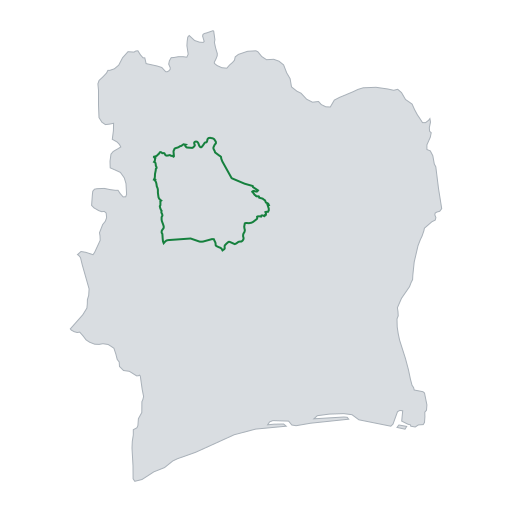 Worodougou on a map of Ivory Coast (Natural Earth projection)
{"feature_id": "CIV-3443", "entity_name": "Worodougou", "entity_type": "Region", "adm_level": 1, "iso_a3": "CIV", "parent_name": "Ivory Coast", "parent_adm1": "", "projection": "natural_earth1", "projection_center": [-6.431, 8.415], "detail": "fine", "context": "in_parent", "style": "outline", "palette": "green", "viewbox_px": 512, "rotation_deg": 0, "n_neighbors": 0, "source": "natural_earth", "source_scale": "10m", "svg_char_len": 7721}
<svg xmlns="http://www.w3.org/2000/svg" viewBox="0 0 512 512"><path d="M107.9,70.4L109.7,70.4L114.4,68.8L118.7,65.2L122.6,57.7L128.0,51.7L134.0,52.1L135.8,51.0L137.9,50.8L140.4,54.8L143.0,57.8L144.8,57.9L146.1,63.6L157.1,66.0L161.8,67.5L165.7,71.7L167.1,71.8L168.8,70.9L170.1,69.5L170.3,67.9L168.7,64.1L169.4,60.8L171.2,57.7L174.0,57.5L178.3,56.7L183.2,56.7L186.8,57.2L188.2,54.2L186.9,45.7L187.2,41.1L187.8,37.1L189.2,35.5L194.6,40.5L199.6,42.2L203.2,42.4L204.2,41.5L202.6,36.1L203.0,34.4L204.4,33.5L206.7,32.9L213.0,30.7L213.7,31.2L214.9,39.7L214.4,42.5L215.7,48.3L217.3,53.6L217.2,55.8L215.9,59.1L214.3,62.2L214.4,63.4L217.0,65.5L221.8,67.7L226.8,68.2L229.6,65.0L232.5,62.5L234.5,60.2L235.2,56.9L238.4,54.4L247.5,51.3L255.9,50.8L257.9,51.8L261.7,56.5L266.5,59.7L273.7,59.3L279.0,61.2L283.6,64.9L286.7,72.9L290.1,78.7L291.5,86.9L296.9,91.2L301.0,93.2L306.6,99.2L312.5,102.2L318.5,101.5L321.3,104.6L325.8,106.8L330.3,107.0L334.3,100.1L339.5,97.4L352.7,91.9L358.0,89.4L363.2,87.8L376.0,87.3L387.8,89.0L393.7,90.3L397.7,89.3L401.5,92.6L405.5,99.5L408.7,101.7L412.1,104.1L414.5,109.5L417.4,114.9L419.0,117.2L422.5,122.6L425.6,122.6L428.6,120.3L429.9,118.6L430.5,122.1L429.3,127.8L429.6,131.3L431.2,132.7L430.3,137.2L426.9,144.9L426.9,149.5L430.3,150.9L432.8,155.7L434.3,164.0L435.8,166.8L436.0,168.5L438.5,188.5L441.7,208.6L439.7,211.3L437.0,212.0L435.2,213.0L434.8,214.8L435.9,217.6L435.2,220.1L431.8,221.8L424.4,228.2L423.9,230.7L422.0,236.2L420.4,239.5L418.0,245.7L414.2,262.0L412.8,275.4L412.6,279.6L411.1,282.5L409.5,286.7L401.5,298.3L397.4,307.7L398.0,311.8L398.2,315.9L397.0,318.9L397.2,326.9L398.2,333.6L399.6,340.2L405.5,358.7L408.5,370.0L410.4,379.1L412.0,385.2L413.6,387.6L414.2,390.0L422.9,391.7L424.5,393.0L426.9,404.9L426.5,410.2L424.8,412.2L424.9,416.8L424.5,422.4L423.2,424.6L418.4,424.9L415.2,427.0L410.8,426.2L410.4,424.8L408.1,424.3L401.7,421.1L402.7,410.8L399.8,410.4L397.5,411.7L393.0,424.1L390.8,426.2L358.9,419.8L352.0,414.7L343.7,413.6L329.2,414.1L317.3,415.7L313.9,418.8L344.0,417.0L347.2,417.3L348.7,419.2L310.7,423.2L296.1,425.7L291.8,425.0L288.6,421.1L272.8,420.6L269.6,421.9L267.6,424.8L273.8,424.2L283.6,424.0L286.2,426.2L255.6,429.1L234.3,434.7L225.3,438.8L195.6,452.3L177.5,458.7L172.7,461.0L164.5,467.6L153.9,471.8L142.0,479.5L134.8,481.3L133.1,478.8L133.0,465.7L132.0,448.1L132.3,441.3L133.3,435.0L133.3,429.7L136.9,427.8L137.9,425.6L138.4,418.7L141.8,412.5L141.9,401.7L142.9,399.4L143.6,396.5L142.2,389.4L140.3,376.0L139.4,375.1L138.6,375.7L136.7,375.9L129.3,371.3L123.5,370.5L119.5,366.5L119.2,362.0L117.2,359.4L115.9,354.2L113.9,348.2L108.2,344.5L102.9,343.7L99.1,344.4L94.7,344.2L89.6,342.2L86.1,339.9L82.8,335.6L79.7,332.1L77.2,332.5L74.2,331.7L71.3,330.1L70.3,328.9L82.7,314.9L86.9,308.1L87.3,304.0L87.4,299.7L88.7,295.4L89.1,288.9L82.3,265.0L80.5,257.6L78.7,255.4L77.5,254.6L81.0,251.5L85.7,252.3L93.0,254.7L94.6,252.4L100.2,240.3L100.0,235.8L99.5,232.7L102.7,224.5L105.3,221.3L106.6,217.8L106.2,213.1L104.3,211.4L101.7,211.7L98.7,210.6L94.0,207.9L91.6,205.4L92.4,194.5L92.8,191.2L94.5,189.2L97.0,188.7L104.2,188.4L110.1,189.6L115.2,190.3L118.0,190.3L120.2,193.6L123.1,196.9L125.7,196.8L126.6,194.4L126.0,183.6L124.3,177.9L120.4,172.4L110.2,167.8L110.0,161.2L111.0,154.1L113.2,151.5L120.8,147.0L119.5,144.5L117.1,142.0L112.3,139.3L113.4,130.8L113.6,123.3L109.6,124.1L105.4,124.6L101.9,122.2L99.0,117.6L98.5,104.9L98.5,90.3L97.9,83.8L99.1,80.4L102.6,77.2L106.5,73.1L107.9,70.4ZM406.7,426.4L405.0,429.2L397.0,427.4L398.9,425.0L406.7,426.4Z" fill="#d9dde1" stroke="#a8b0b8" stroke-width="1"/><path d="M222.5,250.4L221.5,248.6L220.4,247.8L218.8,247.2L216.5,246.1L216.0,245.7L215.7,245.3L215.5,243.1L215.4,242.7L215.3,242.4L214.6,241.0L213.8,239.2L212.0,239.1L202.9,241.6L201.0,241.7L199.6,241.6L190.6,238.5L168.2,240.1L166.5,240.5L165.2,241.5L163.7,243.2L163.0,241.4L162.7,238.9L162.4,234.3L162.3,233.8L161.8,233.0L161.6,232.3L161.7,231.2L161.8,230.7L162.1,230.2L162.7,229.3L163.3,228.6L163.7,227.8L163.7,226.3L163.0,224.1L161.9,221.2L161.6,219.7L161.6,217.3L161.8,216.7L162.4,215.7L162.4,215.2L162.1,214.0L161.6,213.1L161.3,212.1L161.6,210.8L160.9,209.8L160.2,208.0L159.8,206.2L160.4,205.1L160.4,201.9L160.3,201.5L160.5,201.1L161.2,200.6L160.1,199.7L159.1,198.6L158.5,197.2L157.9,192.8L157.9,189.9L157.6,188.3L156.8,186.4L156.4,183.7L156.0,182.2L155.3,180.9L154.6,180.2L155.3,179.9L155.4,179.6L154.9,179.3L154.1,179.3L154.7,178.0L154.9,176.6L155.0,174.0L155.7,170.6L155.8,169.4L155.9,168.8L156.5,168.2L156.6,167.6L156.5,167.1L155.9,165.9L155.8,165.5L155.7,164.2L155.5,163.1L155.0,162.3L154.1,161.9L154.6,161.2L154.8,160.6L155.0,159.9L155.0,158.9L155.4,158.1L155.4,157.7L154.8,157.5L154.3,157.5L154.1,157.3L153.9,157.0L154.0,156.7L154.9,156.5L156.4,156.0L157.3,155.3L158.2,154.3L159.0,153.7L159.5,152.9L159.6,152.7L159.8,152.5L159.9,152.3L160.2,152.2L160.6,152.1L161.2,152.3L161.5,152.5L161.8,152.8L162.1,153.0L162.3,153.2L162.7,153.2L163.8,153.1L164.1,153.2L164.4,153.3L164.6,153.6L165.2,154.8L165.4,155.0L165.7,155.3L166.0,155.4L166.3,155.6L166.6,155.6L167.0,155.6L168.0,155.5L169.7,155.1L170.1,155.2L170.5,155.4L170.7,155.6L171.1,155.8L171.5,155.9L172.2,155.8L172.6,155.9L172.9,156.1L173.3,156.6L173.5,156.7L173.9,156.3L173.9,155.9L173.6,152.7L173.5,151.6L173.6,151.1L173.7,150.6L174.1,149.9L174.3,149.4L174.4,149.0L174.7,148.6L175.4,148.2L177.8,147.5L178.5,147.2L179.3,146.7L179.8,146.3L181.3,145.9L183.5,144.3L185.7,144.7L185.2,145.1L185.2,145.8L185.9,146.7L186.3,147.2L186.6,147.4L186.9,147.5L192.1,147.9L192.6,147.7L193.3,147.3L194.3,146.2L194.7,145.6L194.8,145.1L194.3,143.8L194.2,143.4L194.2,143.0L194.2,142.7L194.4,142.3L194.6,142.1L194.8,141.9L195.2,141.7L195.6,141.6L196.5,141.6L196.9,141.7L197.3,141.9L197.9,142.6L198.3,143.2L198.5,143.7L199.0,145.2L199.3,145.8L199.6,146.3L200.1,146.9L200.3,147.1L200.6,147.2L201.0,147.3L201.5,147.1L202.2,146.4L203.4,144.8L204.5,143.1L204.8,142.7L205.5,142.4L206.0,142.4L206.4,142.3L206.7,142.0L207.1,141.2L207.4,139.7L207.7,138.9L207.9,138.7L208.5,138.1L210.1,137.8L211.3,138.1L211.7,138.1L212.1,138.2L212.9,138.4L214.2,139.2L215.6,141.4L215.9,142.0L215.9,142.4L215.9,142.8L215.9,143.2L215.7,143.5L215.5,143.8L214.8,144.5L214.5,145.1L213.6,147.0L213.5,147.4L213.4,147.8L213.4,148.3L213.5,148.6L213.6,149.0L213.9,149.6L214.5,150.7L214.7,151.1L215.0,152.2L215.1,152.4L215.3,152.6L219.3,155.6L220.4,156.3L220.7,156.6L221.0,156.9L221.1,157.5L221.2,158.4L221.3,158.8L222.3,161.4L231.6,178.1L232.1,178.4L244.6,183.7L252.7,186.0L253.0,187.1L258.0,190.4L257.3,191.3L256.8,191.6L255.3,191.4L254.1,191.0L253.6,190.9L253.0,191.1L252.5,191.4L252.2,191.7L252.3,191.9L252.9,192.4L254.6,194.8L255.3,195.3L255.6,195.4L255.8,195.8L256.1,196.1L256.5,196.3L258.6,196.3L258.9,196.5L259.1,196.9L259.1,197.4L259.2,197.7L262.2,198.5L262.6,198.6L263.8,199.6L264.5,200.0L264.8,200.2L265.1,200.6L265.7,202.1L265.9,202.5L266.6,202.9L267.5,203.2L268.3,203.8L268.8,205.0L267.6,205.0L268.7,208.4L268.8,210.2L268.0,211.8L267.1,211.8L266.2,211.8L265.4,212.1L266.0,213.8L265.9,214.8L265.4,215.4L264.7,215.2L264.2,216.1L263.4,215.7L262.3,215.4L261.5,215.5L261.0,216.6L260.0,216.3L258.2,216.3L257.5,216.5L257.1,216.7L257.2,217.8L257.2,218.3L257.0,218.8L256.6,219.2L253.1,221.9L251.5,222.7L248.9,223.2L246.8,223.0L246.3,223.0L245.4,223.1L244.8,223.4L244.2,226.7L244.3,227.4L244.5,228.7L244.7,229.4L244.8,229.8L244.8,230.2L244.8,230.6L244.6,231.4L244.4,232.1L243.5,233.5L243.4,233.8L243.1,235.0L243.1,235.4L243.1,236.3L243.3,237.0L243.6,238.1L243.5,238.7L243.4,239.3L242.8,240.3L242.4,240.8L241.4,241.5L239.6,241.6L239.0,241.7L238.1,242.1L236.9,243.0L235.8,243.7L234.7,244.1L230.0,242.0L229.2,241.8L228.5,241.9L226.5,243.6L224.8,245.4L224.6,246.2L224.6,246.7L224.7,248.0L224.7,248.3L224.5,248.8L224.3,249.1L222.5,250.4Z" fill="none" stroke="#15803d" stroke-width="2"/></svg>